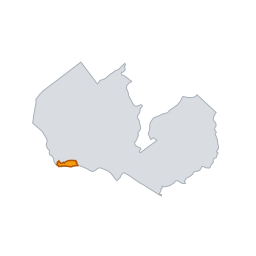 location of Sinazongwe, Southern, Zambia, rotated 53°
{"feature_id": "96606910B20600796740117", "entity_name": "Sinazongwe", "entity_type": "district", "adm_level": 2, "iso_a3": "ZMB", "parent_name": "Zambia", "parent_adm1": "Southern", "projection": "natural_earth1", "projection_center": [27.144, -17.456], "detail": "fine", "context": "in_parent", "style": "filled", "palette": "amber", "viewbox_px": 256, "rotation_deg": 53, "n_neighbors": 0, "source": "geoboundaries", "source_scale": "gbopen_adm2", "svg_char_len": 5406}
<svg xmlns="http://www.w3.org/2000/svg" viewBox="0 0 256 256"><g transform="rotate(53 128 128)"><path d="M163.4,168.8L154.2,168.8L150.8,169.7L148.1,171.0L144.8,173.0L142.9,174.4L142.4,175.2L142.1,176.9L142.1,179.6L141.8,181.5L140.8,183.2L135.8,185.3L132.6,187.1L129.4,189.1L126.9,191.8L125.3,195.0L122.6,199.1L116.8,206.3L113.5,207.7L110.7,207.4L107.4,205.9L104.7,205.6L102.7,206.5L100.9,206.2L99.2,204.7L97.8,204.2L96.7,204.6L95.3,204.5L92.6,203.7L90.3,201.1L89.1,200.0L88.1,199.6L85.3,199.2L79.0,198.6L72.5,199.9L66.8,201.2L60.9,195.4L55.2,189.3L54.0,187.8L51.9,185.8L50.3,184.8L49.7,184.3L48.2,178.9L47.3,173.9L47.0,126.0L72.8,126.0L74.5,125.8L74.5,125.3L73.3,122.8L73.4,121.9L73.7,120.1L74.8,116.7L74.9,115.5L74.4,111.8L74.4,109.7L74.7,105.4L74.5,104.0L75.1,102.1L75.3,100.8L75.6,100.2L75.3,98.8L74.7,93.7L74.4,91.6L76.0,91.9L76.5,93.0L76.8,94.1L77.5,94.2L79.3,94.8L80.0,95.8L80.4,97.8L80.1,98.8L79.6,99.7L80.1,100.4L81.4,100.9L82.1,100.8L84.2,99.4L86.1,98.9L87.1,98.5L91.3,97.6L92.2,97.1L92.8,97.1L93.2,97.5L92.8,98.9L92.7,100.2L93.2,102.6L93.6,103.8L94.5,104.6L95.2,105.0L95.9,105.9L97.4,105.7L100.6,106.9L101.6,107.5L103.0,108.1L104.0,108.3L107.4,108.7L110.9,109.4L112.8,109.5L114.1,109.3L115.0,108.9L115.6,108.5L115.8,108.2L117.2,103.6L117.8,103.3L118.7,103.0L119.2,103.5L119.8,106.4L122.4,109.0L123.3,111.1L123.9,113.0L124.5,113.5L125.4,114.2L127.0,114.4L128.4,114.5L135.3,117.7L136.1,118.2L136.9,119.9L137.5,121.9L138.0,123.4L138.9,123.7L139.7,123.8L140.5,124.8L141.1,125.7L143.1,129.5L143.4,131.0L144.4,132.0L145.7,132.4L147.0,132.5L147.7,132.0L149.5,131.3L150.9,130.4L151.9,130.1L152.5,130.2L152.9,130.9L153.2,132.7L154.2,133.4L154.9,133.1L155.2,132.4L155.2,132.0L155.3,112.4L154.6,112.5L153.8,113.1L152.0,113.1L151.3,113.5L151.1,114.2L151.2,115.0L151.2,116.1L151.0,116.6L150.2,116.8L149.0,116.4L146.9,115.8L145.1,115.5L143.9,114.0L142.2,111.8L141.0,110.7L138.3,108.4L137.9,107.9L137.1,106.8L136.4,105.0L135.7,102.8L135.3,101.5L136.0,99.4L137.6,92.6L138.0,90.5L139.3,88.3L139.4,86.4L138.8,83.9L139.0,82.6L139.2,74.8L138.8,72.3L137.9,69.6L136.0,65.8L136.0,65.0L139.0,62.5L139.9,61.6L141.5,59.6L142.5,57.9L143.2,56.5L143.4,54.7L142.9,53.0L143.9,52.7L168.7,48.3L169.1,49.5L169.8,51.4L170.6,52.8L171.7,54.1L172.6,54.8L173.2,55.1L177.0,55.0L178.4,55.8L179.6,56.7L179.9,58.2L180.7,59.1L181.5,59.9L181.9,60.0L182.5,59.8L183.5,59.8L184.4,60.1L184.9,60.4L184.9,61.7L185.2,62.2L186.5,62.4L187.8,62.5L189.1,63.4L190.5,63.5L192.0,63.9L192.8,64.8L194.5,65.7L196.5,66.6L198.8,67.9L198.8,68.4L199.2,69.2L199.6,69.8L199.6,70.6L199.8,71.4L200.4,71.6L200.9,71.7L201.3,71.1L201.9,71.1L202.6,71.5L202.8,72.4L203.3,73.6L204.2,74.5L204.7,75.3L204.5,76.8L204.2,78.1L205.3,79.5L206.8,80.7L207.2,81.3L207.3,83.2L207.5,83.8L208.5,85.4L209.0,86.5L209.0,87.1L206.2,90.2L204.6,90.7L203.9,91.3L203.4,92.0L204.5,95.1L205.0,96.2L204.6,97.7L203.5,100.2L203.0,100.4L202.9,102.3L203.2,103.0L203.7,103.6L203.9,104.9L203.9,108.0L203.2,111.7L204.4,114.8L204.8,115.2L206.5,115.2L206.8,115.5L206.3,116.4L205.2,117.8L203.0,118.9L199.9,120.1L199.3,121.2L198.9,122.9L199.2,123.8L199.6,124.4L199.5,125.9L199.2,127.4L199.3,128.6L199.1,129.7L198.7,130.2L198.2,131.8L197.5,133.4L197.0,134.2L196.2,134.9L195.0,135.6L195.0,135.9L196.4,136.7L196.7,137.2L196.8,137.5L196.3,138.3L196.9,138.8L197.7,139.3L198.4,140.3L199.2,142.4L199.4,142.6L199.6,142.6L200.1,142.4L200.9,141.6L201.5,141.3L202.3,142.4L189.4,147.4L186.4,148.5L181.9,150.2L180.4,150.9L179.2,151.6L167.3,155.5L165.4,156.2L161.2,158.2L161.0,158.6L161.1,159.5L161.4,161.4L162.2,163.1L162.8,164.1L163.2,166.6L163.4,168.8Z" fill="#d9dde1" stroke="#a8b0b8" stroke-width="1"/><path d="M117.4,199.5L117.1,199.7L117.1,199.8L116.9,199.9L117.0,200.0L116.9,200.0L116.7,200.2L116.7,200.3L116.8,200.3L116.7,200.4L116.7,200.5L116.6,200.8L116.3,201.2L116.3,201.3L116.3,201.6L116.2,202.1L115.9,203.0L112.6,203.0L112.7,203.3L112.8,203.4L112.8,203.5L112.9,203.8L112.9,204.0L112.8,204.3L112.8,204.5L112.9,204.8L113.0,204.7L113.0,204.8L113.0,205.0L113.3,205.1L113.5,205.0L113.7,205.3L113.7,205.5L113.8,205.6L114.0,205.7L114.0,205.8L114.1,206.0L114.0,206.3L114.1,206.5L114.3,206.9L114.6,206.9L114.8,206.8L115.0,206.8L115.4,206.7L115.5,206.6L115.8,206.6L116.0,206.5L116.1,206.4L116.2,206.5L116.3,206.5L116.4,206.4L116.5,206.4L116.8,206.3L117.1,206.4L117.7,205.4L118.6,204.4L118.5,203.9L118.6,203.7L118.8,203.4L120.0,201.7L120.7,200.8L120.9,200.6L121.0,200.5L121.1,200.3L121.3,200.1L121.7,199.8L121.9,199.6L122.0,199.5L122.1,199.4L122.4,199.1L122.6,198.9L122.7,198.7L122.8,198.7L123.1,198.4L123.3,198.3L123.5,198.1L123.7,197.9L123.8,197.8L124.0,197.6L124.2,197.4L124.3,197.3L125.1,196.2L125.2,194.9L126.0,193.5L127.2,191.5L127.4,191.1L127.7,190.6L127.1,190.5L126.1,190.3L125.6,190.2L125.4,190.3L125.4,190.2L125.2,190.1L124.9,189.9L124.7,189.8L124.6,189.7L124.4,189.6L124.2,189.6L123.9,189.5L123.7,189.7L123.4,189.7L123.3,189.8L123.2,189.9L123.0,189.7L123.0,189.8L123.0,189.7L122.9,189.7L122.8,189.8L122.7,189.8L122.4,189.8L122.2,189.9L121.8,190.3L121.6,190.6L121.2,191.0L121.0,191.3L120.9,191.4L120.8,191.5L120.7,191.7L120.6,191.8L120.4,191.9L120.3,192.1L120.2,192.3L119.9,192.6L119.7,192.8L119.5,193.1L119.4,193.4L119.3,193.5L119.0,193.8L118.3,195.2L118.0,196.0L117.9,196.2L117.9,196.4L117.8,196.6L117.8,196.8L117.6,197.5L117.5,197.8L117.5,198.0L117.5,198.3L117.5,198.5L117.5,198.8L117.5,199.0L117.5,199.3L117.5,199.5L117.4,199.5L117.4,199.5Z" fill="#f59e0b" stroke="#b45309" stroke-width="1.5"/></g></svg>